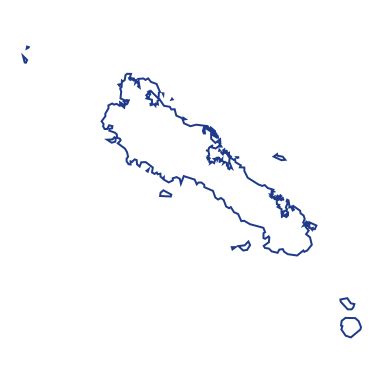 Simeulue, Aceh, Indonesia
{"feature_id": "22746128B32199422560180", "entity_name": "Simeulue", "entity_type": "district", "adm_level": 2, "iso_a3": "IDN", "parent_name": "Indonesia", "parent_adm1": "Aceh", "projection": "natural_earth1", "projection_center": [96.15, 2.538], "detail": "fine", "context": "isolated", "style": "outline", "palette": "blue", "viewbox_px": 384, "rotation_deg": 0, "n_neighbors": 0, "source": "geoboundaries", "source_scale": "gbopen_adm2", "svg_char_len": 6071}
<svg xmlns="http://www.w3.org/2000/svg" viewBox="0 0 384 384"><path d="M131.0,73.9L127.1,73.8L125.5,75.2L124.7,80.0L123.0,81.4L121.9,80.6L121.6,87.0L120.2,88.8L121.2,91.3L120.5,98.4L126.4,101.1L126.5,100.1L128.8,100.3L127.3,103.8L126.1,103.6L126.5,105.1L124.9,103.4L124.2,107.6L122.5,106.2L122.9,105.1L119.6,105.8L116.7,103.9L113.9,104.6L112.2,103.5L108.4,105.4L108.5,108.3L105.3,113.7L105.4,116.2L101.6,121.3L103.6,124.1L103.1,126.3L104.6,129.0L107.2,129.0L109.1,125.3L112.4,126.1L112.1,128.3L109.5,128.9L109.3,130.7L114.8,132.6L116.7,134.2L117.2,137.8L120.0,138.8L120.6,140.5L117.8,143.3L125.0,148.6L127.0,152.1L128.1,156.7L126.6,158.7L126.6,161.3L128.6,164.2L130.6,164.5L130.6,161.4L132.1,161.9L134.6,159.4L136.6,160.0L137.1,164.4L139.6,166.5L141.3,162.3L145.7,162.1L152.8,167.5L152.0,172.4L154.4,173.9L156.8,172.5L157.6,174.2L160.4,173.7L160.5,176.6L162.7,178.5L163.8,177.3L163.8,179.6L168.7,182.4L172.8,180.4L172.7,178.3L176.6,177.1L179.8,178.8L180.9,183.7L183.8,176.1L194.7,179.6L196.8,184.3L198.5,182.5L201.4,182.5L204.2,184.7L204.4,187.2L213.0,190.9L215.3,197.5L218.1,199.5L220.9,198.0L223.7,200.0L226.1,206.5L229.1,208.2L230.8,207.1L234.0,212.2L238.1,214.0L241.3,221.1L244.2,220.8L250.0,224.2L263.4,227.8L265.1,232.2L263.5,233.2L263.5,238.1L265.1,238.8L268.6,236.4L269.3,237.4L268.9,242.2L263.7,245.9L264.9,247.9L268.9,248.6L271.7,251.4L277.6,252.8L279.3,249.6L282.8,249.1L284.2,251.8L287.9,254.2L297.1,255.5L303.4,250.5L304.3,251.8L307.2,250.5L311.8,244.8L310.0,237.3L306.1,234.2L308.7,230.6L305.7,226.9L306.7,226.3L305.8,224.6L303.5,225.6L304.8,223.7L303.2,222.6L304.7,218.9L303.6,215.5L300.6,213.4L300.1,210.7L293.3,206.0L292.6,207.4L293.9,209.7L292.7,210.4L291.6,207.3L289.7,207.4L290.5,206.6L289.5,206.7L288.5,200.4L287.2,199.7L286.6,201.5L288.0,202.0L285.9,207.4L287.0,209.7L286.0,210.9L288.1,212.5L288.0,215.4L286.3,217.1L285.2,216.4L286.6,214.0L281.9,216.7L281.8,213.5L282.8,214.0L284.1,211.2L281.5,212.2L281.6,209.2L278.0,207.1L279.3,206.6L278.4,205.8L279.1,204.9L276.9,204.2L276.7,200.5L278.5,199.8L276.2,197.3L275.1,197.6L276.1,199.0L274.6,199.1L273.2,197.5L273.6,196.9L271.7,197.7L270.3,196.3L271.8,195.9L270.3,194.4L271.5,194.4L271.7,190.7L273.0,189.6L267.9,188.1L264.7,185.1L262.1,185.9L258.5,184.5L247.7,177.7L244.4,171.1L244.3,167.5L239.9,167.3L240.8,165.3L235.5,162.2L235.0,159.2L233.8,159.9L230.0,157.4L230.9,156.6L229.0,154.9L229.0,152.8L227.2,153.6L226.7,150.9L225.8,150.9L226.8,151.9L226.5,152.8L224.5,151.6L224.3,149.4L223.2,150.2L224.2,152.7L226.4,153.1L229.7,158.0L229.2,161.7L231.8,168.2L230.4,167.2L229.4,169.2L228.2,168.5L227.8,163.9L226.9,164.8L226.9,163.0L225.1,162.0L223.7,163.1L224.2,161.9L222.0,161.0L222.2,159.0L219.3,162.5L220.4,159.2L218.9,158.4L219.2,156.9L217.7,159.5L217.7,157.2L217.2,158.2L216.6,157.0L216.5,160.4L215.9,158.7L214.0,158.9L215.1,160.1L214.1,163.1L212.3,161.9L210.8,163.0L211.7,161.0L210.0,162.7L209.4,162.3L208.9,158.3L207.8,159.2L207.2,157.6L209.3,157.8L208.1,155.9L209.2,155.0L208.5,151.2L206.0,150.2L208.1,150.9L209.2,147.6L212.9,145.1L211.1,147.2L215.6,148.5L218.3,146.5L221.3,146.5L220.4,145.0L219.0,145.8L220.3,143.6L219.0,142.8L220.3,142.1L220.1,139.3L215.4,142.9L211.2,138.8L211.1,134.1L216.2,137.2L215.7,135.1L214.6,135.3L214.3,134.7L216.2,134.8L216.2,133.8L213.7,134.6L214.0,133.1L212.9,133.7L212.6,131.8L212.1,132.3L205.6,128.1L204.5,129.6L205.0,133.4L203.8,133.4L202.9,131.0L204.2,126.7L208.7,127.9L207.6,126.1L196.3,124.7L190.4,126.2L184.0,123.3L182.2,118.2L176.3,115.6L174.6,109.2L171.4,109.5L169.8,106.8L164.0,105.8L159.6,99.4L157.4,101.1L157.9,104.4L155.9,103.6L155.5,105.9L154.1,104.2L150.7,105.2L150.5,103.8L152.1,103.3L151.9,99.7L148.9,99.0L148.9,96.7L147.6,97.9L148.3,98.8L146.5,98.4L147.7,96.9L146.3,95.3L148.1,93.5L150.8,95.0L148.1,91.9L149.2,91.2L149.9,92.5L150.9,91.0L158.5,98.7L158.9,92.7L160.0,92.1L156.6,84.0L151.0,81.9L148.1,78.4L145.5,79.9L143.5,78.5L138.3,78.9L139.6,87.6L138.0,86.4L139.0,85.0L136.7,81.6L135.4,83.0L136.0,80.0L134.2,80.5L134.0,78.6L131.4,78.2L132.0,79.4L130.9,78.8L130.2,80.7L130.5,78.9L129.4,79.0L129.1,78.1L131.2,77.9L129.9,77.5L131.0,73.9ZM355.2,318.1L345.5,317.9L341.7,320.8L341.0,325.6L342.4,326.1L341.4,329.5L345.7,335.7L350.9,337.4L360.4,329.5L361.0,327.1L358.6,321.1L355.2,318.1ZM350.8,303.3L347.3,298.2L340.4,299.5L340.7,301.7L347.7,309.3L351.7,309.3L353.3,307.4L354.4,304.1L350.8,303.3ZM171.3,194.6L163.4,190.3L160.6,192.7L160.1,196.0L170.8,196.5L171.3,194.6ZM247.1,249.9L250.1,245.1L248.4,241.5L244.7,245.3L238.5,246.1L243.2,250.5L247.1,249.9ZM316.4,225.5L309.4,222.3L309.5,224.8L306.8,226.2L308.6,225.7L309.5,227.3L308.5,228.1L310.2,227.6L311.8,229.4L311.8,228.3L312.6,228.0L312.3,229.3L314.8,229.2L316.4,225.5ZM282.7,156.7L277.5,155.7L277.1,154.1L273.7,156.6L281.5,160.2L285.3,159.8L282.7,156.7ZM115.3,141.7L115.8,137.8L114.5,137.2L112.5,139.4L107.1,139.7L111.7,142.7L115.3,141.7ZM281.3,196.1L280.4,195.3L279.4,196.9L277.5,195.7L276.4,197.3L281.2,200.1L282.3,198.6L283.6,200.4L282.8,198.1L280.7,199.0L280.2,197.1L281.3,196.1ZM25.9,62.7L27.1,60.0L23.0,55.9L24.7,62.5L25.9,62.7ZM235.6,247.1L231.8,247.1L232.5,249.4L235.6,247.1ZM215.1,131.2L210.8,127.5L209.8,130.0L209.3,129.5L208.9,129.8L209.6,130.3L211.4,129.5L215.1,132.8L215.1,131.2ZM26.7,48.6L28.7,47.5L28.8,47.1L27.1,46.6L26.7,48.6ZM122.3,103.8L120.1,102.4L120.2,104.3L122.3,103.8ZM308.3,222.9L306.3,221.6L305.8,222.7L307.4,223.7L308.3,222.9ZM237.2,158.0L239.1,157.3L236.5,157.1L237.2,158.0ZM224.0,152.7L221.7,152.6L221.4,152.8L222.9,154.4L224.0,152.7ZM146.6,170.8L147.8,171.6L148.6,169.2L146.6,170.8ZM119.5,85.8L119.8,84.3L118.5,84.6L119.5,85.8ZM185.5,119.2L184.1,118.3L184.4,119.4L185.5,119.2ZM124.7,101.6L122.8,100.9L124.7,102.1L124.7,101.6ZM217.0,135.2L216.7,136.3L218.0,137.2L217.8,136.1L217.0,135.2ZM219.2,150.8L220.2,150.7L219.4,149.8L219.2,150.8ZM171.5,99.7L172.6,99.4L172.0,98.7L171.5,99.7ZM209.1,129.5L208.3,128.7L207.6,128.5L209.1,129.5ZM273.3,194.7L272.1,193.2L271.7,193.9L273.3,194.7ZM163.3,94.6L163.4,93.4L162.7,93.3L163.3,94.6ZM273.6,191.3L272.4,192.0L274.0,191.6L273.6,191.3ZM273.8,197.3L274.0,196.5L273.3,197.4L273.8,197.3Z" fill="none" stroke="#1e3a8a" stroke-width="2"/></svg>